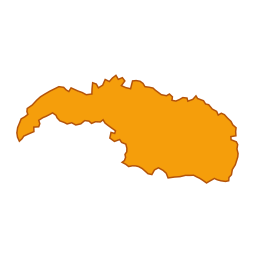 outline of Figueira, Paraná, Brazil, rotated 272°
{"feature_id": "56859067B25501189967357", "entity_name": "Figueira", "entity_type": "district", "adm_level": 2, "iso_a3": "BRA", "parent_name": "Brazil", "parent_adm1": "Paraná", "projection": "orthographic", "projection_center": [-50.428, -23.857], "detail": "fine", "context": "isolated", "style": "filled", "palette": "amber", "viewbox_px": 256, "rotation_deg": 272, "n_neighbors": 0, "source": "geoboundaries", "source_scale": "gbopen_adm2", "svg_char_len": 2026}
<svg xmlns="http://www.w3.org/2000/svg" viewBox="0 0 256 256"><g transform="rotate(272 128 128)"><path d="M175.2,130.9L171.1,130.0L167.3,129.2L168.3,124.3L170.1,119.9L174.9,123.2L178.1,120.6L176.3,116.6L180.2,114.1L177.5,110.8L173.8,107.7L175.7,103.5L169.9,101.2L167.1,97.0L170.8,94.8L172.0,91.1L165.9,90.7L160.7,90.7L159.8,85.1L161.8,81.1L163.3,76.5L166.1,69.7L162.4,67.6L163.8,65.0L166.4,62.3L166.9,57.5L162.2,48.8L159.0,43.7L156.1,39.4L152.6,35.8L147.6,31.5L144.0,26.6L140.9,26.4L138.1,27.4L135.6,24.5L133.4,20.9L129.4,19.5L124.6,17.7L119.3,17.1L115.0,17.9L111.0,19.9L113.6,22.5L116.2,24.1L118.5,28.6L121.1,34.1L125.6,33.8L126.1,38.7L129.2,39.7L132.6,38.5L135.4,42.6L136.8,45.7L138.3,48.4L140.5,52.1L138.2,55.6L135.7,56.8L132.8,59.6L131.3,64.1L129.9,67.0L131.3,71.5L129.2,75.7L130.5,80.7L133.9,84.5L133.5,88.8L131.3,91.4L133.1,95.2L133.1,100.2L135.4,102.8L132.2,104.8L130.0,107.8L127.1,112.1L124.8,115.6L122.1,114.9L123.0,111.2L117.3,110.2L114.1,114.9L116.2,120.1L113.4,122.1L111.8,126.4L107.7,127.6L104.2,127.6L101.5,125.9L98.5,126.6L95.4,125.6L93.5,123.3L91.7,127.0L89.5,130.0L90.4,133.8L90.4,137.0L89.8,140.0L87.9,143.7L86.0,146.0L83.0,149.6L82.3,153.5L87.0,155.9L89.3,159.8L86.9,164.5L84.1,167.8L79.5,169.8L80.6,176.0L81.2,181.7L82.7,187.1L82.8,191.4L83.1,195.2L81.5,198.5L80.3,201.3L78.4,204.5L75.8,208.4L77.8,211.5L80.6,216.1L79.4,218.9L78.5,222.6L78.0,227.3L78.8,230.5L82.1,230.6L84.9,233.0L90.1,233.7L95.0,236.5L99.6,237.8L102.9,238.7L106.3,238.9L110.9,237.6L115.3,238.2L118.0,236.7L119.9,231.4L123.0,231.1L124.0,236.1L128.3,235.7L132.0,236.0L134.8,232.6L138.2,230.7L141.4,227.1L144.7,223.9L146.0,220.7L144.1,217.7L147.7,216.0L149.9,211.5L154.1,207.8L154.7,204.7L157.9,202.5L158.9,199.5L159.9,196.5L162.5,194.8L158.9,191.8L156.9,186.9L160.0,185.9L160.3,181.7L158.2,178.4L156.6,174.9L157.2,171.0L160.7,171.3L163.4,168.2L161.6,165.3L162.5,160.0L164.9,156.6L166.8,153.9L168.8,151.6L169.5,147.6L169.9,143.5L173.1,141.4L175.1,138.5L175.7,134.5L175.2,130.9Z" fill="#f59e0b" stroke="#b45309" stroke-width="1.5"/></g></svg>